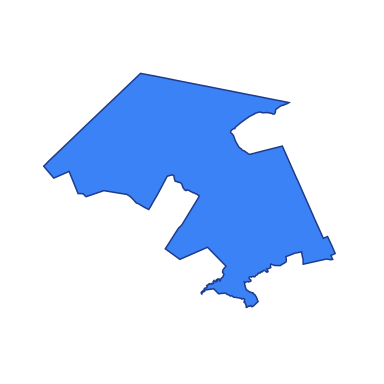 Mwatate, Coast, Kenya, rotated 156°
{"feature_id": "3690345B41305477432813", "entity_name": "Mwatate", "entity_type": "district", "adm_level": 2, "iso_a3": "KEN", "parent_name": "Kenya", "parent_adm1": "Coast", "projection": "orthographic", "projection_center": [38.365, -3.735], "detail": "fine", "context": "isolated", "style": "filled", "palette": "blue", "viewbox_px": 384, "rotation_deg": 156, "n_neighbors": 0, "source": "geoboundaries", "source_scale": "gbopen_adm2", "svg_char_len": 5867}
<svg xmlns="http://www.w3.org/2000/svg" viewBox="0 0 384 384"><g transform="rotate(156 192 192)"><path d="M317.0,275.9L312.6,260.9L295.9,260.8L296.7,236.9L292.3,234.8L290.7,230.8L272.0,229.1L252.4,216.2L252.0,215.7L251.7,215.1L251.5,214.8L250.9,214.0L249.7,211.6L248.4,208.0L247.6,205.4L247.1,204.4L246.8,204.0L246.1,203.6L241.6,197.2L238.6,193.6L235.5,195.7L232.6,198.0L226.6,202.2L222.0,205.7L208.2,216.5L203.1,215.7L202.7,215.4L202.5,214.8L202.0,214.2L201.9,213.8L202.2,213.3L202.4,212.3L202.6,211.9L202.7,211.2L202.8,211.0L202.8,210.3L202.9,210.0L202.8,209.4L203.0,209.1L203.0,208.7L202.6,208.3L202.3,208.2L201.5,207.6L201.1,206.9L200.5,206.6L200.3,206.3L200.0,206.0L199.0,205.5L198.5,204.7L198.3,203.7L198.0,203.2L198.0,202.8L198.1,202.4L198.3,202.0L198.4,201.7L198.2,201.2L198.1,200.9L198.2,200.6L198.5,200.1L198.5,199.9L198.4,199.5L198.3,199.1L198.1,198.7L198.0,198.4L198.1,197.7L198.1,197.4L197.6,196.7L197.4,196.1L197.2,195.9L196.7,195.7L196.4,195.7L196.1,196.0L195.8,196.1L195.6,196.1L195.1,195.4L194.7,195.1L194.4,194.9L194.1,194.8L194.0,194.6L193.4,193.4L192.8,192.9L192.5,192.4L192.1,192.0L191.4,190.9L190.4,190.3L190.1,190.2L189.7,189.6L189.7,189.2L189.4,189.0L189.0,188.5L188.5,188.1L188.3,187.8L188.2,187.5L188.0,187.2L187.9,186.9L187.2,186.1L187.0,185.5L187.3,185.2L188.0,184.5L214.3,166.3L216.4,165.4L217.7,164.9L218.7,164.6L219.3,164.3L237.3,152.4L239.5,151.0L230.5,135.4L200.3,135.2L191.1,110.5L194.8,108.6L195.5,108.1L195.9,107.6L196.6,106.5L196.7,106.1L196.7,105.7L196.3,104.3L196.3,103.9L196.6,103.5L197.5,102.8L197.9,102.3L198.4,101.9L198.9,101.7L199.7,101.5L200.2,101.3L201.0,100.9L202.5,99.3L202.6,99.5L202.6,99.8L202.3,99.9L202.3,100.3L202.5,100.5L202.4,101.2L202.5,101.5L203.2,101.8L203.5,102.0L203.7,101.6L203.9,101.5L204.1,101.8L205.0,101.9L205.0,101.6L204.6,101.5L204.4,101.3L204.8,100.4L205.1,100.4L205.4,100.5L205.5,101.1L206.0,101.3L206.1,100.9L206.5,100.7L206.8,100.2L207.1,100.4L207.3,100.6L207.4,101.0L207.8,101.5L207.9,102.2L209.2,101.5L209.4,101.2L209.7,100.5L209.6,100.3L209.4,100.1L209.4,99.8L209.7,99.7L210.1,99.8L210.8,99.8L211.1,99.9L211.6,100.6L211.9,100.6L212.5,100.3L212.8,100.4L213.4,101.1L213.8,100.9L214.4,101.1L214.7,101.0L215.0,100.7L215.6,100.6L215.9,100.4L216.2,100.5L216.5,100.6L216.8,100.4L216.6,99.8L216.7,99.5L217.3,98.7L217.6,98.5L217.9,98.6L218.6,98.8L219.2,98.8L219.5,98.9L219.8,98.9L220.1,98.6L221.0,97.6L221.5,97.3L221.8,97.2L222.5,97.3L223.6,96.9L224.1,96.7L224.7,96.1L224.7,95.8L224.7,95.2L224.5,94.8L224.0,95.4L223.7,96.1L220.9,96.1L220.6,97.3L211.6,94.8L209.1,88.2L202.8,86.2L202.5,86.0L202.3,85.7L202.1,85.4L201.7,84.3L201.4,84.0L200.5,83.3L200.3,83.0L199.7,82.2L199.1,81.6L199.2,81.3L198.0,81.1L197.7,80.8L196.9,79.1L194.6,77.7L190.3,74.8L190.2,74.6L190.3,74.1L190.0,73.9L189.0,73.8L188.0,73.6L187.8,73.2L187.7,72.7L187.8,72.4L188.3,71.6L188.5,70.9L188.4,70.2L189.2,70.2L188.9,69.6L188.6,68.5L188.6,68.2L188.7,67.3L188.6,67.0L188.6,66.7L188.5,66.4L188.8,66.1L189.0,65.4L189.3,64.8L189.3,64.5L189.1,64.4L188.8,64.3L188.2,64.5L187.0,64.6L186.7,64.7L186.1,64.3L185.7,64.2L185.1,64.4L184.8,64.4L184.5,64.4L184.3,64.2L184.3,63.9L184.2,63.1L184.0,62.9L183.8,62.7L183.2,62.8L181.9,63.0L179.0,64.0L176.2,65.0L176.2,66.3L176.0,67.4L176.0,69.0L175.9,69.7L176.1,70.4L176.2,72.2L177.0,73.3L177.1,73.6L177.0,73.9L177.0,74.2L177.2,74.4L177.2,74.8L177.4,75.1L177.8,75.1L178.0,75.3L178.0,75.6L178.2,75.8L178.5,76.0L178.8,76.1L178.9,76.3L179.2,76.5L179.5,76.8L179.8,77.3L180.0,77.4L180.5,77.8L180.6,78.4L181.1,78.8L181.2,79.5L181.7,80.1L182.2,80.4L182.0,81.0L182.0,82.6L182.0,83.0L182.0,83.3L181.6,84.4L181.6,85.8L181.3,86.7L180.9,87.3L180.9,88.0L180.8,88.4L180.5,87.9L180.3,87.7L179.5,87.8L178.7,87.7L177.9,87.7L177.1,87.1L176.7,86.7L176.3,86.7L175.9,86.8L175.6,86.8L175.3,86.6L174.9,86.6L174.3,86.8L174.1,87.6L174.2,88.0L174.6,88.6L174.8,89.3L174.9,89.6L174.8,90.4L174.6,90.7L174.0,91.1L173.2,90.9L172.9,90.7L172.3,90.0L172.0,90.1L171.5,90.3L171.1,90.3L170.5,89.8L170.1,89.6L169.9,89.3L169.0,89.1L168.7,89.1L168.5,89.4L167.9,89.8L167.7,89.8L166.2,89.9L166.0,90.0L165.4,90.3L164.8,90.5L164.5,90.6L164.4,90.9L164.0,90.8L163.8,90.6L162.6,90.3L161.9,91.0L161.6,91.1L161.0,90.6L160.8,90.7L160.5,90.7L160.2,90.5L159.8,90.6L159.6,90.7L159.2,91.2L158.9,91.2L158.4,91.1L158.0,91.2L157.7,91.0L157.5,90.7L156.3,88.3L154.9,88.3L154.9,89.8L154.8,91.3L154.6,91.1L154.4,90.9L150.8,90.9L150.2,93.1L150.0,93.4L149.5,94.0L149.3,94.1L146.3,91.2L141.4,88.9L134.8,89.8L134.1,90.4L133.2,92.2L132.5,94.8L127.5,94.4L126.8,94.5L125.3,94.3L123.1,94.4L121.0,93.8L116.2,92.7L116.8,90.9L117.2,88.9L117.5,87.7L117.8,85.6L119.1,82.6L119.8,80.8L96.5,76.1L92.6,73.6L90.9,73.2L90.9,77.6L88.7,77.5L86.2,77.6L86.1,85.8L86.3,96.2L90.9,96.3L90.9,109.9L91.0,118.5L90.9,126.7L90.8,158.9L90.9,163.7L90.8,197.2L110.3,200.6L123.9,202.9L124.3,203.1L125.0,204.0L127.4,208.1L127.6,208.4L128.4,209.1L129.1,210.0L129.5,211.5L130.5,213.0L130.9,214.0L131.1,214.9L131.1,216.6L131.4,218.3L131.5,220.7L131.5,222.4L131.2,226.0L131.2,226.8L131.4,227.9L131.5,228.5L131.7,228.9L132.3,229.9L132.4,230.5L132.4,230.8L132.2,231.3L131.7,231.8L131.2,232.2L130.7,232.4L129.2,232.8L127.9,232.9L127.6,232.8L127.3,232.5L127.0,232.5L126.7,233.0L126.4,233.3L126.1,233.5L120.1,235.3L113.2,236.8L108.4,237.7L107.1,237.7L106.3,237.7L104.7,237.9L103.5,237.8L103.1,237.9L102.5,238.1L102.2,238.2L99.0,237.8L97.9,237.6L97.3,237.4L96.8,237.0L96.2,236.4L95.3,235.7L94.7,235.4L91.9,234.3L90.8,234.0L90.4,233.5L89.7,233.2L88.7,232.4L87.7,231.8L87.1,231.1L86.1,230.1L85.4,229.8L85.0,229.8L84.6,229.9L83.9,230.5L83.2,231.3L82.3,232.9L82.0,233.3L81.7,233.4L80.1,233.6L77.2,234.4L76.0,234.4L74.9,234.6L74.5,234.6L73.8,234.2L73.5,234.1L72.6,234.1L70.7,234.2L69.6,233.9L68.8,234.1L67.7,234.1L67.0,234.2L160.4,300.0L180.4,314.2L181.7,315.0L187.7,319.2L189.4,320.3L190.7,321.3L262.5,295.7L291.0,285.4L309.9,278.7L315.0,276.6L317.0,275.9Z" fill="#3b82f6" stroke="#1e3a8a" stroke-width="1.5"/></g></svg>